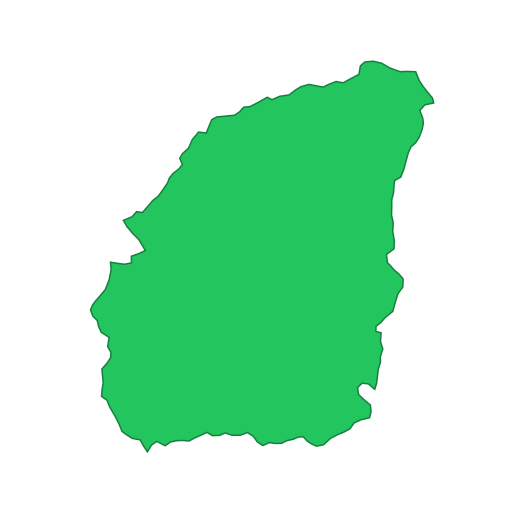 outline of Carmolândia, Tocantins, Brazil, rotated 7°
{"feature_id": "56859067B94534455119436", "entity_name": "Carmolândia", "entity_type": "district", "adm_level": 2, "iso_a3": "BRA", "parent_name": "Brazil", "parent_adm1": "Tocantins", "projection": "mercator", "projection_center": [-48.372, -7.038], "detail": "fine", "context": "isolated", "style": "filled", "palette": "green", "viewbox_px": 512, "rotation_deg": 7, "n_neighbors": 0, "source": "geoboundaries", "source_scale": "gbopen_adm2", "svg_char_len": 2357}
<svg xmlns="http://www.w3.org/2000/svg" viewBox="0 0 512 512"><g transform="rotate(7 256 256)"><path d="M172.1,463.6L175.4,456.3L180.2,452.1L188.9,455.4L194.1,450.9L200.1,448.9L205.9,448.0L212.1,447.8L217.1,444.2L224.0,440.1L228.8,437.0L234.6,439.6L241.7,438.5L246.9,435.4L254.0,436.8L262.0,435.9L269.0,432.3L275.2,435.2L280.0,440.4L285.8,443.3L292.0,439.6L298.1,439.7L304.2,438.8L309.3,435.4L315.2,433.4L320.0,430.6L325.0,429.7L329.3,433.4L333.9,435.7L339.1,437.4L346.1,435.1L352.1,428.0L359.3,423.0L364.4,420.3L370.2,416.2L373.8,409.7L380.0,405.8L388.4,402.7L389.2,396.8L387.8,390.1L381.2,385.8L374.8,381.1L372.8,374.3L376.7,369.4L383.0,369.2L390.1,373.9L391.2,367.5L391.2,362.1L391.2,353.4L392.5,346.1L391.7,340.7L393.2,332.9L390.0,325.8L389.5,316.9L384.1,316.3L383.7,311.2L388.0,306.9L391.7,301.4L398.5,294.3L399.8,285.5L401.5,276.1L405.5,268.9L404.8,260.8L400.1,256.5L395.1,253.2L391.2,249.8L387.3,246.6L385.3,238.5L392.1,232.1L391.5,224.2L388.7,214.8L388.2,206.4L385.5,198.8L384.8,191.0L383.9,183.6L384.8,176.9L384.4,169.5L384.4,164.2L390.1,160.0L392.3,151.2L393.4,143.1L394.6,135.0L396.5,128.9L400.7,124.0L403.5,118.3L405.4,110.4L406.0,104.2L404.8,99.1L400.9,91.6L405.1,85.4L413.7,82.5L411.9,77.7L406.2,72.4L401.2,67.4L396.5,61.7L392.0,53.6L383.4,54.4L376.6,55.5L371.3,54.3L365.7,53.0L357.1,49.3L348.4,48.4L340.3,50.2L336.4,54.6L336.1,63.1L328.9,68.1L321.3,73.5L314.3,73.0L307.6,76.6L302.0,80.2L287.7,79.2L279.9,82.5L275.2,86.2L269.1,92.1L260.1,94.6L252.8,98.9L247.8,97.1L238.1,104.2L231.9,108.4L225.7,109.8L222.1,114.9L217.6,118.9L210.3,120.5L200.1,122.8L195.5,126.0L191.6,140.0L183.9,140.0L178.5,148.4L175.9,157.1L170.5,163.4L168.4,168.4L171.8,174.1L169.0,178.8L163.4,184.4L160.5,189.3L159.2,194.5L155.3,202.0L151.7,208.5L146.6,213.7L143.3,218.8L138.0,226.7L132.1,226.5L128.2,232.1L120.0,236.8L124.3,242.5L130.9,248.7L137.7,254.0L141.1,258.3L145.5,264.1L138.8,268.2L132.3,271.4L133.2,278.0L126.6,280.2L120.9,280.2L112.3,279.9L113.9,287.0L113.1,297.7L110.6,307.5L105.6,315.3L102.4,319.9L99.7,324.7L98.3,329.7L101.4,335.6L106.3,339.4L108.4,345.2L111.8,350.7L120.1,354.6L119.8,364.1L123.7,369.2L124.1,374.6L121.1,380.7L116.8,387.0L119.8,400.5L119.5,407.0L119.8,414.2L125.7,417.3L129.3,423.9L135.4,431.8L140.8,439.9L144.4,446.4L149.1,449.1L155.3,452.1L163.4,452.6L167.8,458.6L172.1,463.6Z" fill="#22c55e" stroke="#15803d" stroke-width="1.5"/></g></svg>